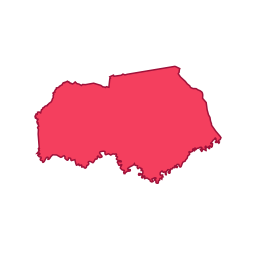 Kaeng Sanam Nang, Nakhon Ratchasima, Thailand (Natural Earth projection), rotated 217°
{"feature_id": "78962969B3158146073423", "entity_name": "Kaeng Sanam Nang", "entity_type": "district", "adm_level": 2, "iso_a3": "THA", "parent_name": "Thailand", "parent_adm1": "Nakhon Ratchasima", "projection": "natural_earth1", "projection_center": [102.24, 15.708], "detail": "fine", "context": "isolated", "style": "filled", "palette": "rose", "viewbox_px": 256, "rotation_deg": 217, "n_neighbors": 0, "source": "geoboundaries", "source_scale": "gbopen_adm2", "svg_char_len": 5727}
<svg xmlns="http://www.w3.org/2000/svg" viewBox="0 0 256 256"><g transform="rotate(217 128 128)"><path d="M122.4,206.6L127.0,205.7L127.8,205.3L160.8,170.6L162.4,168.6L164.5,168.0L165.1,166.1L170.3,160.9L171.4,161.5L171.6,161.2L173.4,157.9L172.0,157.2L172.2,156.4L167.8,149.0L169.2,148.3L169.8,148.3L170.4,147.4L170.4,146.8L172.0,146.3L172.7,145.7L175.3,145.7L182.4,143.1L188.1,137.0L190.5,135.4L190.8,133.9L193.5,133.6L195.5,132.7L197.9,133.0L198.3,130.8L198.9,129.7L199.7,129.6L200.2,129.2L200.9,129.4L201.5,128.9L203.1,129.3L203.3,128.7L204.6,128.9L205.1,127.6L205.7,126.9L205.6,126.6L206.0,126.4L206.1,125.7L206.9,125.3L206.9,124.1L206.6,122.6L207.0,122.3L207.4,120.8L207.9,120.2L207.8,118.8L208.9,117.2L209.3,117.0L208.7,115.8L209.0,115.2L208.7,113.2L208.0,112.7L208.8,111.6L208.9,110.7L208.5,110.4L208.0,110.6L207.5,110.0L207.2,108.6L206.1,107.5L205.8,105.3L205.3,104.4L205.1,102.5L205.9,100.0L205.9,98.6L206.3,98.2L206.0,97.2L207.3,95.7L207.6,94.1L207.4,93.8L208.1,93.0L207.7,91.8L207.8,90.9L208.1,90.6L206.9,87.5L208.7,87.3L209.5,86.4L209.3,86.3L209.3,85.0L208.8,84.3L209.8,83.9L209.6,83.1L209.4,82.9L209.5,82.3L209.0,82.0L209.2,81.3L208.4,80.6L207.8,80.9L207.6,80.3L207.1,80.6L206.4,80.3L205.9,80.7L205.4,80.5L205.1,80.7L204.7,78.5L204.3,78.0L204.0,77.9L203.7,77.5L203.1,78.0L202.6,77.6L202.5,76.9L201.5,76.6L200.3,75.5L200.6,74.4L200.4,73.8L198.8,73.1L196.1,69.1L187.2,59.0L187.2,58.0L186.4,58.2L186.3,57.9L186.6,57.7L186.7,57.4L186.1,56.6L185.3,56.7L185.2,56.3L185.4,53.1L183.9,54.6L182.9,54.4L182.7,53.6L183.7,52.6L183.8,52.1L183.6,51.9L181.5,51.6L180.1,52.3L179.8,52.3L179.2,51.6L179.4,50.4L179.0,49.9L178.2,49.7L176.6,50.2L176.1,50.0L175.6,49.4L175.2,49.4L174.9,49.9L174.8,51.1L175.3,54.2L175.3,55.5L174.9,56.1L174.2,56.4L173.6,56.0L173.4,55.2L173.1,54.8L172.4,55.3L172.2,56.8L172.4,58.7L172.0,61.3L168.8,63.5L164.1,64.1L163.5,64.8L162.8,66.8L162.3,67.4L160.9,67.1L160.4,66.1L160.0,65.8L157.7,65.6L157.0,65.8L156.7,66.4L156.8,67.3L157.4,68.0L157.2,68.6L155.6,69.2L154.0,67.9L153.6,67.9L151.4,70.7L148.2,68.1L146.8,67.3L146.4,67.6L146.1,69.0L145.8,69.4L145.3,69.5L144.9,68.8L144.2,68.8L142.9,70.4L142.5,70.4L141.9,69.3L141.4,69.0L140.0,70.4L138.9,69.9L138.0,70.2L137.7,70.8L137.6,71.5L138.3,73.3L137.7,74.2L137.6,75.5L138.0,76.1L139.2,76.7L139.2,77.4L138.5,78.3L137.0,78.9L135.7,78.9L135.1,79.2L135.0,80.5L135.4,83.5L134.4,84.2L134.1,84.9L134.5,85.9L135.3,86.7L135.3,87.2L135.0,87.6L133.8,87.3L132.6,87.4L131.5,89.0L131.6,89.6L132.0,89.9L135.5,90.8L136.0,91.6L135.7,92.6L133.8,94.6L132.4,95.3L132.0,95.2L131.4,94.1L130.4,93.3L129.6,93.3L128.1,95.7L125.5,96.0L124.5,98.2L123.0,99.0L122.0,100.1L121.5,100.1L121.1,99.8L121.0,98.6L120.7,98.2L119.6,98.6L118.9,98.5L118.8,96.6L118.4,96.1L116.0,96.3L114.0,97.5L113.5,97.4L113.1,97.1L113.2,96.7L115.7,95.4L116.1,94.9L115.9,94.2L114.5,93.7L113.5,93.0L112.8,92.8L112.1,93.2L111.5,94.6L111.0,94.9L110.7,94.5L110.4,92.0L109.9,91.3L107.5,91.0L105.4,91.8L104.6,89.8L103.7,89.2L103.0,89.7L103.2,90.8L102.3,93.4L101.2,94.1L100.5,95.1L100.6,95.5L101.2,96.1L101.9,95.8L102.7,94.9L103.6,95.1L103.9,95.5L103.5,97.2L101.5,101.5L101.4,103.4L100.4,102.6L99.9,102.5L97.7,103.6L96.9,102.0L95.8,101.5L95.4,101.7L95.1,103.2L94.7,103.6L93.5,103.4L92.8,103.9L92.2,103.7L92.0,103.3L92.3,102.4L91.9,101.9L90.9,102.7L90.3,102.6L89.0,101.0L89.0,100.2L89.4,99.2L90.5,99.2L91.9,98.3L91.8,97.4L91.1,96.8L90.7,96.9L89.7,98.1L88.4,99.2L87.8,99.0L87.6,97.3L87.4,96.8L86.9,96.6L86.4,96.9L86.2,99.3L85.9,99.6L85.2,99.2L84.6,97.7L84.3,97.5L83.0,99.2L82.3,99.6L80.4,99.6L79.6,99.9L77.9,98.9L76.6,99.2L76.0,99.9L75.8,100.5L77.7,101.2L78.2,101.8L76.7,104.4L75.8,104.9L75.4,104.7L75.2,104.0L75.9,102.7L75.7,102.3L73.7,102.5L73.0,101.4L72.3,101.1L71.5,101.4L70.9,101.9L70.8,102.3L71.1,103.0L71.8,103.8L71.4,105.5L72.0,106.3L72.1,106.9L71.5,107.5L70.2,107.5L70.5,108.2L71.4,109.1L70.6,110.1L71.3,110.4L72.1,111.3L73.7,109.9L74.2,110.1L74.9,110.8L75.4,111.7L75.2,113.5L75.0,114.0L74.5,114.2L73.2,113.8L72.0,115.2L71.3,114.9L70.5,113.7L69.8,113.4L69.4,113.5L69.5,114.0L70.7,115.0L71.2,116.2L71.0,117.9L71.2,118.6L70.2,119.4L69.7,119.5L69.2,119.2L69.2,117.3L69.0,116.6L67.9,116.6L67.6,116.9L67.5,117.6L68.3,118.6L69.2,121.1L69.0,121.4L68.2,121.7L68.3,123.3L67.1,124.2L67.2,124.6L67.8,125.2L67.8,126.2L67.6,126.4L67.1,126.4L65.9,125.4L65.0,126.1L65.4,126.9L66.7,126.7L66.9,128.4L66.3,129.0L65.5,129.4L65.0,129.2L64.6,128.6L63.3,128.1L62.6,128.4L62.4,129.1L63.6,133.3L63.4,134.2L62.4,136.0L62.8,137.5L62.5,139.2L63.5,141.8L62.9,143.8L63.2,144.4L64.7,145.3L64.9,145.8L64.7,146.1L63.6,146.2L62.6,147.9L62.4,148.8L63.3,149.5L63.5,150.2L63.3,150.7L62.9,150.8L61.6,149.8L61.2,149.8L61.2,150.6L62.2,151.7L62.4,152.3L62.1,152.4L61.2,151.6L60.8,151.7L60.6,153.3L59.6,154.3L58.8,156.0L57.9,156.7L57.1,156.7L56.8,156.3L57.4,154.5L55.2,153.6L55.0,153.8L55.0,154.2L55.5,155.5L55.2,156.1L54.1,156.7L52.1,156.9L52.2,157.3L54.9,159.1L55.1,159.8L55.0,160.2L54.6,160.3L54.1,159.2L53.5,159.0L52.5,161.1L52.1,161.1L51.1,160.3L50.5,160.6L50.6,161.0L52.0,162.1L52.1,162.5L51.8,163.0L51.5,163.1L50.5,162.8L49.8,162.9L49.6,163.5L49.7,164.1L51.0,166.3L51.5,166.2L52.2,165.4L52.6,165.4L52.8,165.8L52.6,167.5L52.7,169.3L52.3,170.6L52.4,172.2L52.1,172.6L51.5,172.5L51.1,171.7L49.9,171.1L49.7,170.6L49.8,169.5L49.5,169.2L48.9,169.4L48.7,170.4L46.9,170.6L46.7,171.0L46.3,170.7L46.2,171.1L46.6,171.9L47.7,171.7L48.0,172.0L48.0,172.9L47.5,174.1L47.6,175.1L47.9,175.8L47.9,176.2L49.5,176.8L55.8,178.2L62.9,180.5L63.9,181.6L66.1,183.1L69.0,185.8L71.7,187.0L75.8,190.2L80.9,195.4L86.3,196.6L88.2,199.4L89.6,200.7L90.9,201.2L93.1,201.1L94.8,200.6L97.4,200.4L99.7,198.7L101.9,198.1L102.9,198.2L104.1,198.8L107.3,198.9L110.3,199.7L116.7,200.3L120.5,201.5L120.8,203.4L122.0,205.4L122.4,206.6Z" fill="#f43f5e" stroke="#9f1239" stroke-width="1.5"/></g></svg>